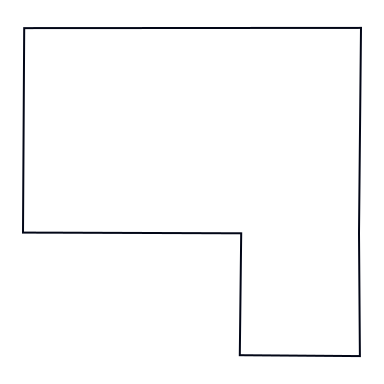 Elbert, Colorado, United States of America (Equal Earth projection)
{"feature_id": "52423323B30628973159392", "entity_name": "Elbert", "entity_type": "district", "adm_level": 2, "iso_a3": "USA", "parent_name": "United States of America", "parent_adm1": "Colorado", "projection": "equal_earth", "projection_center": [-104.244, 39.217], "detail": "fine", "context": "isolated", "style": "outline", "palette": "ink", "viewbox_px": 384, "rotation_deg": 0, "n_neighbors": 0, "source": "geoboundaries", "source_scale": "gbopen_adm2", "svg_char_len": 238}
<svg xmlns="http://www.w3.org/2000/svg" viewBox="0 0 384 384"><path d="M24.2,28.1L23.0,232.6L62.7,232.7L241.2,233.3L239.8,355.2L359.9,356.1L359.0,233.2L361.0,27.9L30.8,28.1L24.2,28.1Z" fill="none" stroke="#020617" stroke-width="2"/></svg>